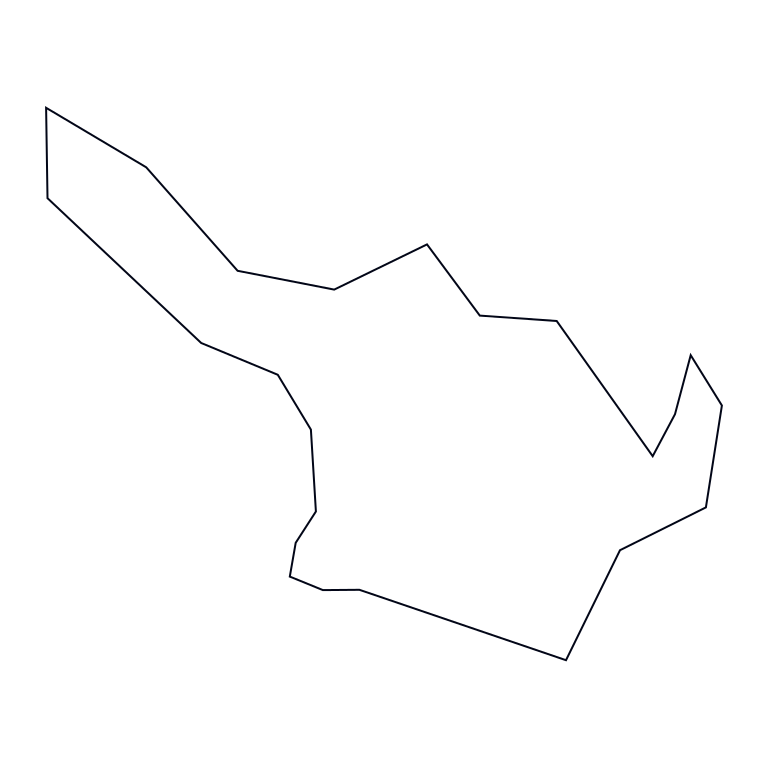 an SVG outline of Chişinău
{"feature_id": "MDA-1627", "entity_name": "Chişinău", "entity_type": "City", "adm_level": 1, "iso_a3": "MDA", "parent_name": "Moldova", "parent_adm1": "", "projection": "albers", "projection_center": [28.832, 47.05], "detail": "fine", "context": "isolated", "style": "outline", "palette": "ink", "viewbox_px": 768, "rotation_deg": 0, "n_neighbors": 0, "source": "natural_earth", "source_scale": "10m", "svg_char_len": 413}
<svg xmlns="http://www.w3.org/2000/svg" viewBox="0 0 768 768"><path d="M427.0,244.4L479.8,315.6L556.7,321.0L652.7,456.2L675.0,414.2L690.7,355.2L721.9,405.5L705.9,507.4L620.0,550.2L566.0,660.2L359.4,589.8L322.9,590.1L289.8,576.6L295.7,542.8L315.9,511.5L310.9,429.6L277.8,374.8L201.2,343.0L47.5,198.2L46.1,107.8L146.2,167.3L237.6,270.8L334.2,289.6L427.0,244.4Z" fill="none" stroke="#020617" stroke-width="2"/></svg>